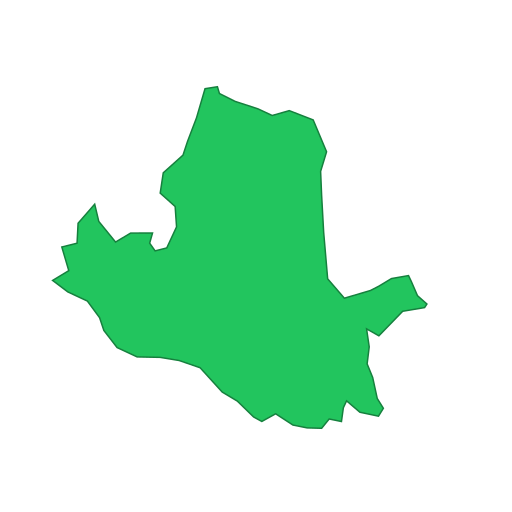 outline of Miliou, Paphos, Cyprus, rotated 115°
{"feature_id": "46923920B61429363291480", "entity_name": "Miliou", "entity_type": "district", "adm_level": 2, "iso_a3": "CYP", "parent_name": "Cyprus", "parent_adm1": "Paphos", "projection": "mercator", "projection_center": [32.461, 34.939], "detail": "fine", "context": "isolated", "style": "filled", "palette": "green", "viewbox_px": 512, "rotation_deg": 115, "n_neighbors": 0, "source": "geoboundaries", "source_scale": "gbopen_adm2", "svg_char_len": 1062}
<svg xmlns="http://www.w3.org/2000/svg" viewBox="0 0 512 512"><g transform="rotate(115 256 256)"><path d="M209.3,109.5L219.2,123.7L231.4,131.9L238.9,137.7L256.9,158.1L246.4,181.4L205.9,204.7L173.4,222.1L152.0,233.2L131.7,236.1L108.5,261.7L110.2,287.3L121.8,300.7L121.8,316.4L124.7,340.3L124.2,357.8L118.9,362.5L125.9,372.9L156.0,368.3L180.9,366.5L195.4,364.8L219.8,375.2L239.5,369.4L245.3,350.2L263.2,340.3L286.4,340.3L294.0,349.6L289.3,357.8L278.9,359.5L288.2,379.3L302.7,389.2L291.1,413.1L277.2,424.1L301.5,431.1L320.0,423.6L321.1,424.9L329.9,435.8L348.4,419.5L364.1,430.0L368.1,411.3L368.1,389.8L378.0,371.7L387.8,362.4L397.7,343.2L397.7,321.1L388.4,300.1L383.2,281.5L380.9,259.4L393.6,229.1L395.4,211.6L402.9,190.1L403.5,180.8L390.7,171.5L393.6,151.1L390.2,137.1L384.4,123.7L372.8,120.8L369.9,108.6L356.6,112.7L349.0,112.7L353.7,95.8L349.4,77.3L340.2,76.2L333.9,85.9L316.8,98.9L306.8,109.7L290.5,115.0L275.3,125.0L276.4,110.9L244.1,99.7L231.5,81.4L227.3,80.8L223.7,92.9L213.5,104.4L209.3,109.5Z" fill="#22c55e" stroke="#15803d" stroke-width="1.5"/></g></svg>